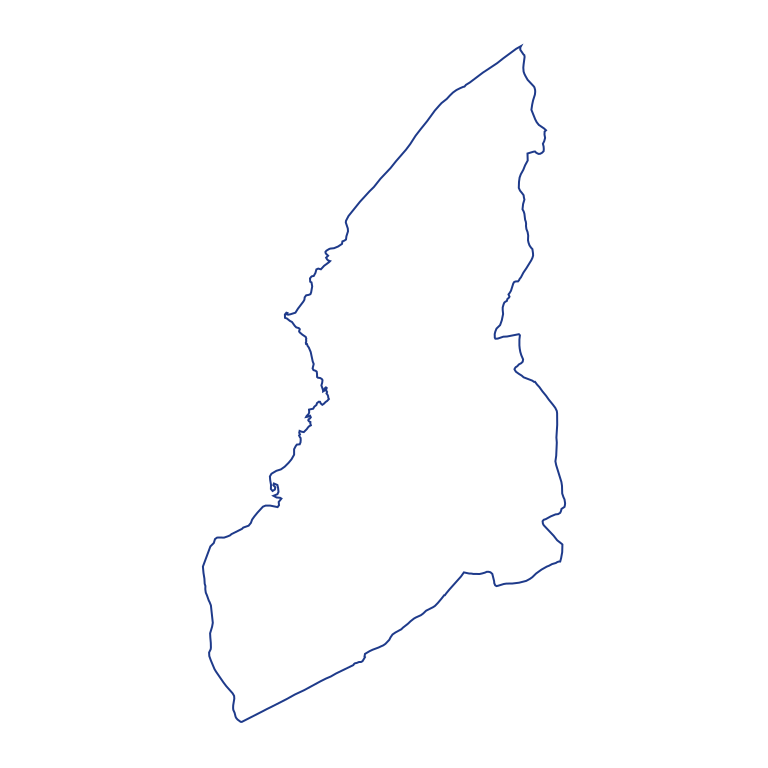 the district of Kampong Seila, Kaôh Kong, Cambodia
{"feature_id": "14789045B74772931755748", "entity_name": "Kampong Seila", "entity_type": "district", "adm_level": 2, "iso_a3": "KHM", "parent_name": "Cambodia", "parent_adm1": "Kaôh Kong", "projection": "mercator", "projection_center": [103.945, 11.169], "detail": "fine", "context": "isolated", "style": "outline", "palette": "blue", "viewbox_px": 768, "rotation_deg": 0, "n_neighbors": 0, "source": "geoboundaries", "source_scale": "gbopen_adm2", "svg_char_len": 6096}
<svg xmlns="http://www.w3.org/2000/svg" viewBox="0 0 768 768"><path d="M521.0,46.1L516.2,48.8L503.3,58.3L497.1,63.2L482.9,72.6L469.8,82.5L465.9,84.9L464.5,86.6L463.1,86.9L460.3,88.1L456.5,90.0L453.0,92.5L449.8,95.6L446.8,98.9L441.6,103.0L439.2,105.6L434.8,110.6L427.1,121.2L420.8,129.0L415.6,135.7L410.2,144.1L405.9,149.8L396.0,161.2L390.5,168.1L380.4,178.8L373.9,187.0L369.7,191.1L360.0,201.7L348.5,216.0L346.0,220.8L345.8,222.5L347.8,228.5L348.0,231.3L346.4,236.3L346.0,239.5L344.4,240.6L342.4,241.4L342.0,243.9L338.1,246.5L334.0,248.2L330.2,248.6L329.0,249.1L326.4,250.7L325.4,252.0L325.8,253.5L328.1,255.7L326.1,257.7L327.1,259.4L328.3,260.5L330.1,261.1L329.1,262.1L324.1,265.8L320.9,269.3L318.2,268.6L316.4,269.4L315.4,273.0L313.7,276.0L312.1,276.2L311.3,276.7L310.0,278.4L310.2,281.7L311.5,282.4L312.2,286.4L311.1,292.5L310.4,294.2L308.6,294.9L306.2,295.3L304.7,297.3L304.4,299.7L303.4,301.5L298.0,308.6L295.4,312.7L290.3,314.3L288.1,314.7L286.7,314.3L287.4,313.0L286.4,312.7L284.9,314.5L285.0,317.8L286.9,318.5L289.9,320.9L292.0,322.0L294.8,325.9L296.3,327.4L298.8,328.1L299.8,329.2L299.1,331.2L299.6,332.3L302.3,334.6L305.7,336.9L306.3,338.7L306.0,339.8L306.3,341.0L305.8,342.8L306.1,344.0L306.9,343.9L307.6,345.9L308.8,347.5L310.7,352.0L312.7,361.4L313.7,364.0L312.6,368.4L313.5,370.1L315.6,370.8L316.7,371.6L317.0,373.7L317.1,377.0L317.9,377.7L320.1,378.0L321.7,378.9L322.5,380.1L322.2,382.6L321.4,385.4L322.7,389.1L323.1,390.6L323.1,391.4L324.4,390.6L324.7,388.4L325.9,387.4L326.7,388.0L326.1,389.5L326.3,390.7L327.1,392.0L326.5,393.5L327.4,394.5L328.1,396.1L328.3,397.8L328.9,399.0L327.2,400.9L325.7,401.9L323.7,403.9L322.3,404.8L320.7,403.4L320.0,401.8L318.8,401.7L317.0,403.1L316.4,405.0L314.3,406.7L313.2,408.7L309.0,409.6L309.2,412.3L308.6,414.0L306.7,415.9L306.1,417.0L308.3,416.6L310.1,415.8L310.8,417.3L309.9,418.5L308.5,419.4L308.3,420.4L309.1,421.4L310.4,422.0L310.3,423.4L310.9,425.3L309.2,426.2L308.0,427.4L306.8,429.1L303.8,432.1L301.6,431.7L299.6,430.9L299.2,432.8L300.0,434.5L299.1,435.4L299.8,437.0L300.6,438.0L300.7,440.3L300.5,442.4L299.7,444.3L296.8,444.6L295.6,446.3L294.1,449.2L294.1,454.7L291.5,459.3L288.6,462.8L284.7,466.7L280.9,469.4L276.4,470.8L271.5,473.7L269.9,476.4L270.2,480.1L271.0,484.8L270.9,489.0L272.6,491.0L274.9,489.5L275.3,487.3L273.3,485.1L273.9,483.5L277.4,485.0L278.1,488.0L278.5,491.9L277.4,494.2L273.5,495.8L276.6,497.5L280.1,497.8L281.4,498.6L278.7,502.0L279.0,505.2L277.6,507.1L270.2,505.6L265.6,505.6L262.9,506.7L257.5,512.6L254.4,516.4L252.1,519.6L250.9,522.9L248.6,525.7L243.2,527.6L242.1,528.8L231.5,534.1L230.0,535.4L227.6,536.4L224.1,537.6L218.0,537.5L216.9,537.7L215.0,539.1L213.8,543.0L210.4,546.4L202.9,566.6L203.5,573.0L204.4,578.6L204.7,583.8L205.4,586.0L205.3,589.2L205.8,592.7L206.9,595.2L208.8,600.6L209.6,602.1L210.9,605.4L212.8,622.8L212.1,626.7L210.1,633.3L210.3,637.3L210.8,642.9L210.9,647.5L210.7,649.2L209.1,652.5L209.3,656.1L210.8,660.3L214.5,669.1L216.0,671.6L223.5,682.5L226.3,686.2L232.6,693.3L234.1,695.9L234.3,698.6L233.2,705.3L233.1,708.0L233.3,709.9L234.6,712.8L235.6,716.8L236.3,718.1L237.6,719.6L240.6,721.8L241.8,721.9L262.8,711.2L267.0,709.0L271.1,707.0L286.8,699.0L294.9,694.5L304.1,690.2L320.7,681.2L326.1,678.5L330.8,676.5L336.0,673.5L353.3,665.1L354.2,663.8L355.2,663.2L356.6,663.0L359.0,662.0L361.0,662.0L362.5,661.2L365.0,657.1L364.5,656.6L365.0,653.9L369.7,651.1L372.7,649.7L378.6,647.5L380.9,646.4L383.2,645.4L385.4,643.9L389.3,639.8L390.5,637.4L392.5,634.5L395.4,632.5L401.4,629.2L403.0,627.6L408.0,623.7L410.5,621.3L413.9,618.6L415.8,617.5L420.9,615.2L423.2,613.5L426.1,610.7L433.2,607.1L435.0,605.9L438.0,602.8L441.6,598.5L444.2,595.2L444.9,595.2L446.1,593.5L449.4,589.5L461.0,576.5L463.9,572.4L469.0,573.5L471.7,573.6L473.0,573.9L479.6,574.0L482.3,573.4L485.0,572.6L486.8,571.8L488.6,571.8L490.5,572.3L492.3,573.9L494.1,581.1L494.3,583.3L495.2,585.3L496.5,586.1L497.9,585.8L503.8,584.0L506.4,583.6L512.5,583.5L519.1,582.7L526.2,580.9L529.9,578.9L532.3,577.2L536.1,573.5L541.5,569.6L546.8,566.6L549.1,565.7L552.0,564.1L555.8,563.0L557.4,562.0L559.1,561.5L560.2,561.5L561.1,558.2L562.2,552.2L562.4,544.5L561.8,543.9L557.2,540.3L553.6,535.7L543.7,525.2L542.9,523.6L542.6,521.2L543.7,519.8L545.8,519.1L550.7,516.4L555.5,514.4L558.1,514.1L560.2,512.8L561.0,511.0L561.5,508.9L564.5,506.9L564.9,505.2L565.1,503.3L564.5,499.4L563.5,497.3L562.2,493.5L562.0,485.9L561.4,482.0L556.2,465.2L555.4,461.3L556.2,455.8L556.8,442.5L556.4,437.6L557.2,424.8L557.1,413.3L556.8,411.0L555.3,407.9L553.0,404.8L548.7,399.5L546.1,395.8L542.4,391.3L539.4,387.1L537.0,384.5L535.0,381.8L534.1,381.9L532.2,380.6L523.6,377.3L521.7,375.6L518.8,373.8L515.9,371.7L514.5,369.4L514.7,368.6L515.7,367.2L517.3,366.2L518.9,364.4L521.2,363.2L522.7,361.7L523.1,359.4L521.3,355.2L520.3,351.9L519.7,348.5L519.4,345.4L519.4,339.6L519.9,335.3L518.9,334.2L507.1,336.5L503.3,336.7L497.7,338.6L495.4,338.7L494.8,337.7L494.7,334.1L495.3,331.6L496.5,328.6L500.1,325.1L501.8,320.3L503.1,314.0L502.7,309.9L502.7,307.4L503.6,304.3L504.3,302.6L505.5,301.6L506.8,301.0L507.4,299.0L508.9,297.7L509.5,296.7L508.5,294.4L509.7,292.9L511.0,290.7L513.3,283.4L514.3,281.9L516.0,281.4L518.0,281.4L519.1,280.1L519.7,278.8L520.9,277.4L523.4,272.6L526.4,268.2L531.2,260.4L532.4,257.9L533.1,255.6L533.0,253.2L532.4,249.1L531.0,247.6L529.5,245.4L528.5,242.6L528.0,240.2L528.2,235.6L527.6,232.1L526.4,229.0L526.0,226.0L526.1,223.8L525.8,221.7L525.1,219.7L524.4,213.8L523.7,211.5L522.5,209.3L523.1,204.0L524.4,199.6L523.9,197.4L523.6,195.2L522.2,193.3L520.0,190.6L518.8,187.9L519.0,181.9L519.6,177.6L520.8,174.3L523.3,169.8L525.1,165.3L527.7,160.5L527.5,153.5L533.5,151.7L535.0,151.5L536.3,152.8L538.5,153.9L540.1,153.8L542.0,152.8L543.6,151.2L543.8,149.2L543.6,146.5L542.9,143.8L544.2,141.2L545.1,137.9L544.5,134.6L544.6,131.6L546.0,130.3L544.1,128.5L538.8,124.9L536.7,122.2L535.2,119.3L531.4,109.8L532.2,104.5L533.1,100.3L534.9,94.6L535.2,91.9L535.1,89.9L534.4,87.3L533.7,86.3L527.6,79.8L525.6,76.3L524.4,73.9L523.6,71.6L523.3,67.7L523.6,64.4L524.6,56.9L524.3,55.1L523.5,54.5L520.3,49.8L520.3,47.4L521.0,46.1Z" fill="none" stroke="#1e3a8a" stroke-width="2"/></svg>